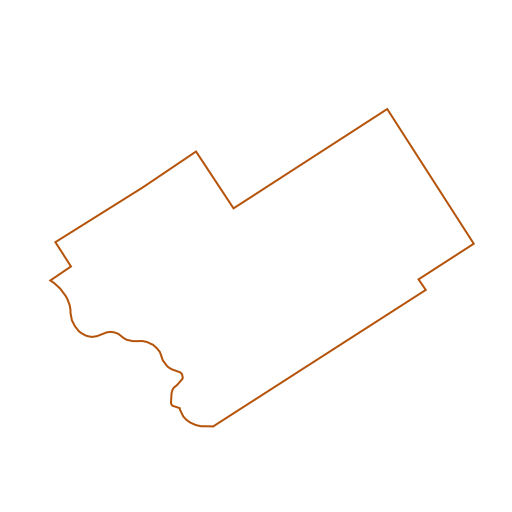 Thurston, Nebraska, United States of America, rotated 147°
{"feature_id": "52423323B78691180058519", "entity_name": "Thurston", "entity_type": "district", "adm_level": 2, "iso_a3": "USA", "parent_name": "United States of America", "parent_adm1": "Nebraska", "projection": "mercator", "projection_center": [-96.365, 42.147], "detail": "fine", "context": "isolated", "style": "outline", "palette": "amber", "viewbox_px": 512, "rotation_deg": 147, "n_neighbors": 0, "source": "geoboundaries", "source_scale": "gbopen_adm2", "svg_char_len": 907}
<svg xmlns="http://www.w3.org/2000/svg" viewBox="0 0 512 512"><g transform="rotate(147 256 256)"><path d="M65.9,307.8L248.9,308.2L249.4,376.3L313.8,375.2L416.7,376.9L416.9,348.0L441.8,347.5L440.0,343.1L438.0,335.4L437.4,326.3L437.6,322.9L439.1,316.1L440.9,311.9L442.5,309.4L445.4,302.5L446.1,296.0L445.6,289.6L444.5,286.5L442.2,282.1L440.3,279.9L437.5,277.4L433.1,275.4L422.6,273.2L419.3,271.6L416.4,269.1L413.8,265.6L411.7,259.3L410.0,256.1L405.6,251.6L397.4,246.4L394.3,243.3L390.7,237.5L389.4,232.7L388.9,227.7L391.0,219.2L390.5,211.8L389.7,209.5L388.1,206.5L383.0,199.8L382.4,197.2L383.6,194.0L384.6,193.0L392.5,190.8L396.6,190.3L398.5,189.5L401.4,187.1L407.1,179.4L407.7,178.0L407.7,176.0L402.8,169.9L403.5,168.4L404.4,160.9L403.6,156.5L401.9,152.2L398.7,147.2L395.0,143.3L384.8,136.5L384.8,136.4L132.1,135.1L132.4,147.9L66.7,147.7L65.9,307.8Z" fill="none" stroke="#b45309" stroke-width="2"/></g></svg>